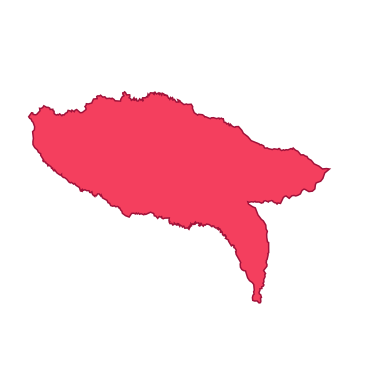 the district of Popayán, Cauca, Colombia, rotated 343°
{"feature_id": "7082276B86437588749871", "entity_name": "Popayán", "entity_type": "district", "adm_level": 2, "iso_a3": "COL", "parent_name": "Colombia", "parent_adm1": "Cauca", "projection": "equal_earth", "projection_center": [-76.57, 2.442], "detail": "fine", "context": "isolated", "style": "filled", "palette": "rose", "viewbox_px": 384, "rotation_deg": 343, "n_neighbors": 0, "source": "geoboundaries", "source_scale": "gbopen_adm2", "svg_char_len": 5942}
<svg xmlns="http://www.w3.org/2000/svg" viewBox="0 0 384 384"><g transform="rotate(343 192 192)"><path d="M185.8,85.7L184.9,85.8L185.1,86.8L184.3,87.6L183.2,85.7L181.2,85.0L179.2,87.0L178.6,85.5L177.4,88.1L176.6,87.5L175.2,88.3L172.3,87.5L171.9,88.1L172.1,90.3L171.6,90.5L171.1,88.7L170.0,89.2L169.2,87.6L167.4,89.2L166.2,89.0L165.7,88.3L166.2,87.2L165.9,86.5L164.3,87.3L164.1,84.9L163.3,85.5L163.0,86.8L162.0,86.2L160.8,86.6L160.6,84.7L159.4,83.5L160.6,82.3L160.8,80.8L157.9,80.0L157.4,77.3L156.7,76.5L155.9,77.2L154.8,77.0L154.5,78.0L155.0,80.1L153.2,80.5L151.0,82.5L150.2,84.2L145.1,82.3L144.5,80.7L143.0,78.9L142.0,79.3L140.8,78.3L137.5,77.6L136.5,75.5L134.3,75.1L132.9,72.7L131.6,73.1L130.0,72.5L128.8,72.8L128.6,75.0L125.0,74.3L122.1,77.6L118.6,77.5L116.8,76.7L115.9,78.3L114.6,78.9L115.1,80.9L114.7,82.2L110.3,83.9L108.3,83.5L105.8,79.4L104.0,79.7L102.9,80.8L101.1,78.6L100.0,79.9L99.5,79.0L97.4,77.7L95.8,79.5L94.0,79.7L92.3,80.9L91.0,80.4L89.9,81.0L88.3,78.6L86.7,79.2L86.2,78.6L85.0,78.8L84.0,78.0L83.1,76.7L83.7,74.4L82.9,73.5L83.1,72.2L80.5,71.6L80.4,70.1L79.1,68.9L77.8,68.6L75.5,66.2L73.9,67.6L71.9,68.0L70.7,67.4L70.4,69.9L66.3,72.3L65.2,72.5L62.8,71.4L62.8,69.8L61.8,69.3L57.8,72.3L58.4,74.2L59.4,75.2L59.6,77.3L60.4,78.9L60.6,83.6L59.4,86.5L57.2,87.7L56.0,94.4L54.6,97.3L53.8,100.2L54.6,103.6L56.5,106.7L56.7,108.9L58.5,111.3L58.0,112.6L59.5,118.2L58.7,118.2L58.7,119.3L60.8,120.7L60.7,121.6L61.8,122.8L61.9,124.8L62.9,124.2L63.1,125.0L64.5,126.3L64.6,128.2L65.6,128.3L65.4,129.3L66.1,131.4L66.7,131.5L67.2,130.8L68.4,134.2L70.5,136.9L71.4,137.5L72.3,137.0L71.9,138.2L73.2,140.5L74.4,141.0L76.0,143.2L77.3,146.6L78.3,147.7L79.5,147.6L81.2,149.9L82.3,149.6L83.0,151.7L85.6,154.7L85.7,158.4L87.1,159.2L87.2,157.9L87.7,158.2L88.0,157.6L88.6,158.7L90.3,158.5L91.6,159.9L93.9,160.6L94.1,162.5L95.8,163.4L95.7,162.7L96.3,162.5L96.2,165.4L97.8,167.9L98.4,167.0L99.5,167.7L101.1,166.2L102.6,166.6L103.6,169.1L104.3,168.3L104.7,171.5L108.3,175.2L108.6,177.7L109.9,178.7L110.3,181.2L112.2,182.5L113.6,182.4L114.7,183.8L116.4,184.0L117.3,184.7L117.6,186.1L118.2,186.1L118.5,188.3L119.3,189.9L119.2,192.0L121.5,195.2L124.6,197.6L128.0,194.8L130.2,195.3L131.6,196.5L132.5,195.8L133.2,197.0L134.6,196.6L135.4,198.0L136.9,197.8L139.3,199.7L140.3,199.1L141.2,199.9L146.5,199.2L149.1,201.4L149.0,203.8L150.3,204.4L151.5,207.2L153.5,205.8L154.4,206.7L155.7,206.6L155.5,208.0L156.6,209.2L158.1,209.0L162.7,210.2L161.5,213.0L162.1,213.6L161.4,214.4L161.7,215.8L163.4,216.1L164.0,218.0L165.4,217.7L166.0,216.5L167.4,218.9L167.9,218.4L168.6,219.2L168.9,218.0L169.9,218.4L170.3,221.2L171.1,220.3L172.5,221.8L172.6,222.7L174.1,222.3L174.5,224.5L177.3,225.1L178.2,226.8L179.3,225.5L178.8,224.8L179.1,224.1L179.5,224.0L179.8,225.1L180.8,224.3L180.8,223.5L181.5,224.0L181.8,222.0L182.6,223.2L183.5,222.7L184.2,223.6L185.5,223.6L185.2,222.5L186.0,222.0L186.1,222.8L186.7,222.0L187.1,223.1L189.2,223.4L189.4,225.4L188.7,226.0L189.5,226.8L190.7,226.2L190.3,225.3L190.8,224.4L191.8,224.8L191.7,226.1L192.8,228.0L194.0,226.9L194.9,227.6L196.6,226.9L199.1,228.3L200.9,231.0L201.9,230.4L203.0,231.1L203.0,231.9L204.2,233.4L206.5,233.8L205.5,234.7L206.5,236.0L207.3,235.1L207.8,235.3L208.5,238.1L207.6,238.0L207.4,238.9L209.1,239.1L208.8,241.8L209.7,243.2L210.7,243.5L210.7,242.5L211.2,242.8L211.6,244.4L211.2,244.5L211.2,245.8L210.5,246.1L212.8,248.6L212.6,249.8L213.9,255.0L215.0,254.4L216.0,255.8L216.4,255.4L216.6,255.8L215.8,257.4L216.7,258.2L217.3,260.5L216.6,262.2L216.3,262.0L216.0,264.6L218.0,273.6L217.0,275.0L216.3,278.2L217.0,280.7L218.3,282.2L220.1,283.1L220.1,290.3L221.1,293.6L223.1,296.1L224.0,298.5L222.8,304.3L221.8,305.3L221.5,307.8L220.2,308.5L218.9,310.6L218.4,313.4L219.9,314.5L222.4,315.2L223.7,317.7L225.1,317.8L225.9,316.6L226.5,313.5L227.6,313.1L227.6,310.2L226.7,309.3L226.6,307.9L228.3,305.7L228.7,304.4L230.6,304.7L231.0,303.0L232.8,302.8L233.6,301.9L233.2,300.0L234.5,299.0L234.9,296.8L237.1,294.4L237.5,292.2L238.5,291.6L237.5,288.0L241.9,284.9L242.5,283.4L242.2,281.2L242.8,280.6L242.8,279.6L244.2,278.3L246.5,274.2L246.5,273.1L247.6,272.5L250.5,262.8L249.6,261.7L250.2,257.3L251.1,254.0L252.6,251.6L252.0,249.1L252.9,245.2L251.8,240.6L250.3,238.4L248.4,233.2L247.9,225.7L245.6,223.8L242.5,220.1L242.5,217.7L243.6,218.5L246.1,218.7L247.9,219.6L249.6,219.4L250.1,220.3L253.3,221.2L255.1,222.9L257.0,222.9L257.8,221.9L259.5,221.7L262.2,223.9L262.7,223.3L265.7,223.5L266.6,224.1L266.6,224.8L267.9,226.4L268.9,226.7L269.8,228.4L271.0,227.6L273.3,228.8L277.8,223.9L279.8,223.2L280.9,223.4L283.1,226.5L286.4,224.8L288.5,225.1L290.1,226.1L292.2,226.1L295.1,225.5L297.6,222.7L299.7,222.0L300.6,222.3L303.9,225.8L307.4,226.4L310.4,225.0L312.2,221.0L313.5,219.6L318.2,219.3L321.1,217.3L324.5,212.6L330.2,210.2L327.5,208.9L323.5,208.1L321.0,204.4L317.0,200.8L315.3,196.6L312.9,194.1L312.3,191.6L311.0,190.9L309.4,189.0L306.9,188.3L305.1,183.9L303.2,182.3L301.6,179.5L300.5,180.4L299.4,179.4L296.0,179.8L294.3,179.0L292.8,179.3L291.9,178.4L289.9,178.6L288.6,177.2L288.5,176.1L287.5,175.8L286.6,176.4L283.1,174.7L281.2,174.9L277.8,172.9L276.7,171.7L275.7,171.8L274.2,171.0L274.0,168.8L271.9,166.8L270.8,166.8L270.3,165.7L263.6,160.2L261.6,155.5L258.3,150.9L257.7,147.6L255.6,143.0L252.9,142.3L252.0,142.7L249.9,141.1L248.5,138.4L247.6,139.6L247.0,139.4L247.0,137.0L245.2,137.2L244.5,135.3L243.1,134.8L243.3,131.1L242.3,130.9L241.8,130.0L239.6,130.1L239.4,129.1L236.9,129.0L234.3,127.2L232.1,126.7L230.9,127.2L227.0,124.0L226.0,123.8L225.7,122.5L224.5,121.1L221.0,119.6L219.9,120.1L217.3,116.8L216.9,112.0L217.6,110.6L216.9,107.8L213.3,107.0L212.6,106.3L209.8,106.0L207.3,102.4L207.1,101.2L205.4,99.7L205.6,102.0L203.3,101.5L202.2,98.3L200.7,98.5L201.1,96.7L200.8,95.9L199.4,96.7L199.0,95.4L197.9,96.7L197.8,95.9L197.0,95.6L196.6,92.5L195.6,91.8L195.9,92.9L195.1,91.7L193.8,91.4L193.7,90.0L192.4,88.8L191.3,90.5L190.6,88.4L189.5,87.6L189.2,89.0L188.1,87.6L186.6,87.9L185.8,85.7Z" fill="#f43f5e" stroke="#9f1239" stroke-width="1.5"/></g></svg>